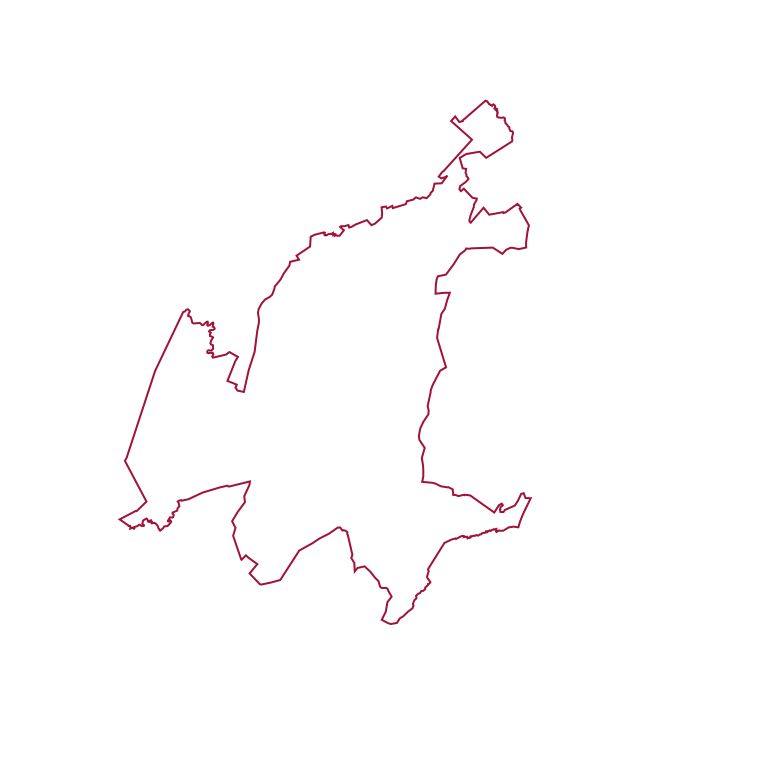 outline of Kaives pag., Vecpiebalgas, Latvia, rotated 133°
{"feature_id": "27541924B86387846906817", "entity_name": "Kaives pag.", "entity_type": "district", "adm_level": 2, "iso_a3": "LVA", "parent_name": "Latvia", "parent_adm1": "Vecpiebalgas", "projection": "natural_earth1", "projection_center": [25.604, 57.037], "detail": "fine", "context": "isolated", "style": "outline", "palette": "rose", "viewbox_px": 768, "rotation_deg": 133, "n_neighbors": 0, "source": "geoboundaries", "source_scale": "gbopen_adm2", "svg_char_len": 6166}
<svg xmlns="http://www.w3.org/2000/svg" viewBox="0 0 768 768"><g transform="rotate(133 384 384)"><path d="M107.6,502.0L107.6,503.0L137.8,506.2L138.1,505.7L141.0,507.6L139.8,514.4L145.9,514.3L145.3,486.3L187.3,485.6L189.5,486.0L195.0,485.4L194.5,482.3L190.5,480.1L188.3,479.7L197.9,478.7L203.0,483.7L209.6,480.0L212.2,480.3L213.8,479.4L219.0,479.6L221.0,483.0L224.0,483.9L225.7,487.9L229.3,488.4L234.7,491.9L237.6,490.7L249.3,497.5L248.1,499.4L253.5,501.5L252.9,503.6L256.4,506.3L260.5,501.7L264.0,499.1L272.9,500.0L276.4,501.5L275.8,508.3L286.8,513.6L291.1,514.9L293.3,516.1L292.0,518.4L295.6,520.6L297.8,523.0L299.1,523.2L298.9,518.2L305.8,517.6L307.4,519.2L307.9,520.5L308.9,521.0L307.6,521.6L307.8,522.3L309.8,522.8L308.3,524.4L310.3,524.9L311.4,526.3L313.2,527.2L314.2,527.2L315.0,528.7L315.6,528.6L315.7,529.0L315.0,529.9L313.8,530.4L314.7,531.4L314.5,531.6L322.2,536.5L326.2,538.1L333.9,531.8L349.8,535.5L351.0,530.9L358.7,536.0L361.9,533.9L371.0,532.8L378.2,530.9L387.1,530.4L389.1,529.1L395.0,526.7L398.0,526.9L403.5,528.6L408.2,528.4L414.7,526.8L417.9,524.7L421.8,519.8L424.5,517.3L431.9,512.7L448.8,500.5L466.1,492.4L485.4,481.1L488.7,486.6L487.9,490.2L484.9,491.2L488.5,500.6L468.6,508.4L463.8,509.3L466.1,518.9L470.2,519.6L481.3,527.0L481.1,528.4L478.7,529.0L478.0,530.6L481.3,533.5L481.6,534.6L480.7,535.5L479.6,535.6L478.9,535.2L477.4,533.1L474.8,532.9L472.3,535.6L473.1,537.6L472.6,538.8L469.8,540.1L466.6,540.7L466.5,541.6L467.6,544.0L466.5,545.1L464.7,545.6L464.9,547.8L463.5,548.0L460.7,545.7L459.4,545.4L458.8,545.8L458.4,547.1L458.9,548.4L455.9,550.2L455.6,550.8L456.4,551.3L460.2,551.7L461.5,552.6L461.4,553.5L459.1,554.6L458.7,555.5L459.5,556.1L464.4,556.5L464.9,557.2L464.9,560.3L469.4,564.3L470.0,565.8L467.0,570.6L467.1,572.6L467.9,573.5L467.0,574.4L463.2,575.6L463.0,578.2L464.4,579.2L466.7,579.0L468.2,580.0L530.6,560.3L613.5,521.9L616.9,521.1L632.0,477.5L645.7,478.2L646.2,479.0L663.3,485.0L661.8,474.6L662.1,474.0L660.9,473.0L661.2,472.2L662.9,471.0L660.4,469.8L660.5,468.3L660.2,468.0L659.7,468.1L659.2,469.1L658.8,469.1L656.5,467.6L653.9,467.0L653.4,466.4L653.1,464.3L651.6,462.9L651.0,463.2L650.9,465.5L648.6,466.9L647.7,467.0L644.4,466.0L644.3,464.9L645.4,463.0L642.7,461.5L643.1,461.1L644.3,461.1L643.1,459.9L644.2,459.4L644.3,458.8L642.2,457.3L641.7,455.5L642.3,452.3L643.4,450.5L643.4,449.2L644.1,448.2L643.8,447.6L640.3,447.2L638.0,447.6L635.5,445.4L630.3,445.5L629.7,445.9L629.5,447.2L631.6,447.9L631.8,448.4L631.5,448.7L627.5,449.6L625.9,447.6L625.2,447.4L623.4,448.3L623.0,448.9L623.1,450.3L622.2,450.9L617.6,448.9L615.7,450.2L612.9,450.3L610.9,453.3L610.6,454.7L609.1,454.4L607.3,453.2L607.4,452.4L601.6,448.4L587.3,442.7L571.7,433.6L565.2,429.2L564.9,427.5L546.7,415.6L549.7,413.5L561.3,409.7L565.3,405.1L577.5,403.7L587.9,401.5L590.5,394.5L597.9,390.8L609.7,368.8L609.7,368.3L603.5,368.1L603.5,364.7L602.1,353.8L614.2,353.1L615.1,338.0L614.0,336.7L606.5,331.4L598.1,326.2L563.6,332.4L549.1,327.7L540.9,325.8L531.2,322.2L520.6,319.9L518.8,318.1L519.5,314.7L519.1,314.7L517.7,312.4L517.3,309.7L518.8,308.6L519.3,307.2L530.5,290.6L533.6,289.2L535.1,283.7L541.0,277.6L536.6,277.9L530.6,273.8L530.6,265.8L531.8,258.4L531.9,253.6L534.8,248.9L534.9,247.6L534.7,246.6L531.8,243.5L531.3,242.2L531.4,241.6L532.4,239.6L534.3,233.4L541.3,232.7L549.1,227.5L558.0,224.8L556.1,217.8L554.8,215.2L549.9,211.6L544.6,212.6L540.6,211.5L534.0,211.2L528.7,210.2L525.7,211.4L525.3,212.7L523.7,213.5L521.4,214.3L518.9,214.1L517.7,215.0L517.1,216.1L514.0,216.0L512.4,215.0L509.9,215.6L508.5,214.2L505.7,214.0L504.7,215.1L501.1,214.7L500.3,215.4L499.2,214.7L497.3,214.9L496.0,220.6L495.5,221.2L490.3,223.7L489.5,225.5L459.0,231.4L452.0,228.7L448.2,226.4L448.3,225.7L442.4,223.6L440.7,222.1L440.6,221.4L441.4,221.1L439.9,220.0L439.7,219.2L439.0,219.0L439.1,217.8L439.6,217.5L438.4,216.9L438.0,216.2L437.4,216.1L437.2,216.7L436.2,216.8L435.4,216.0L435.6,215.9L433.7,214.9L433.2,214.0L431.5,213.4L430.7,211.7L428.9,211.4L427.8,210.5L425.9,210.4L423.6,208.5L422.1,208.9L421.9,208.2L421.4,208.3L420.9,207.8L421.4,207.4L419.1,207.0L418.8,205.8L417.2,205.6L415.4,204.6L415.4,204.1L414.4,203.9L414.4,203.1L413.5,202.8L414.4,202.1L414.4,201.7L415.3,201.6L415.5,200.8L412.6,200.0L412.1,198.8L409.8,196.7L403.8,195.0L399.9,191.9L397.2,188.0L391.8,190.7L384.1,193.7L367.5,198.8L370.9,202.7L368.6,207.4L371.0,208.7L377.7,206.5L383.6,205.4L393.7,209.7L396.1,209.3L398.2,211.6L396.7,213.6L396.3,213.5L394.8,214.8L391.6,214.4L391.2,216.3L394.2,217.3L402.8,215.7L406.7,245.0L410.0,249.5L410.4,249.4L410.7,250.1L415.2,253.1L416.5,256.3L417.9,257.7L414.2,261.9L415.6,266.7L416.5,267.3L420.1,272.8L421.7,278.3L423.0,280.9L429.5,289.3L424.6,292.4L419.9,296.8L417.0,299.8L412.3,305.9L403.0,310.6L400.7,320.0L398.2,323.1L391.7,327.2L384.9,329.4L375.8,330.9L372.8,333.4L370.4,337.0L358.3,344.2L357.1,345.3L351.9,347.6L336.0,352.0L329.5,350.0L314.1,376.6L306.9,381.8L306.5,381.6L293.5,389.9L287.5,390.8L279.8,394.9L272.4,398.1L276.1,402.0L282.8,407.9L276.5,413.4L271.7,416.8L268.6,418.1L261.7,413.3L249.0,414.7L237.5,416.9L230.8,415.8L228.8,416.3L227.2,414.1L225.1,412.5L210.1,397.5L208.0,386.1L202.5,386.2L198.1,384.4L196.8,383.0L193.5,377.5L187.2,373.1L183.9,376.4L175.1,382.7L169.1,386.3L164.0,402.6L163.2,404.4L161.5,404.0L161.2,410.1L161.8,408.2L162.6,409.5L175.3,412.1L177.4,413.1L177.0,414.0L188.4,422.5L187.2,431.4L206.9,430.6L206.9,432.2L206.1,433.2L201.4,435.8L193.2,439.1L191.4,440.6L186.9,441.6L185.1,442.6L187.5,446.3L186.7,458.8L190.5,459.3L190.2,461.6L187.3,463.3L180.5,462.0L176.5,462.0L175.8,463.6L175.8,465.5L174.7,466.4L173.8,468.5L170.7,470.6L172.6,473.6L167.0,482.8L159.7,480.7L148.7,472.3L148.9,463.5L119.2,455.8L117.7,456.8L116.6,458.5L112.3,460.8L111.6,462.3L112.8,464.0L111.9,466.3L110.7,467.5L111.0,469.4L110.5,470.3L110.4,473.1L109.3,474.3L109.0,475.6L107.3,476.6L107.4,478.3L108.8,479.2L110.7,481.5L111.4,483.2L110.8,484.4L108.5,485.5L108.7,485.8L107.8,486.4L107.7,487.0L106.9,487.3L107.2,488.3L106.3,488.6L106.9,489.2L106.3,489.4L107.0,490.0L106.4,490.6L106.9,491.2L105.5,491.5L104.7,493.0L104.9,494.7L106.9,494.7L106.7,495.4L107.4,496.6L107.2,497.3L107.6,498.1L106.8,501.3L107.6,502.0Z" fill="none" stroke="#9f1239" stroke-width="2"/></g></svg>